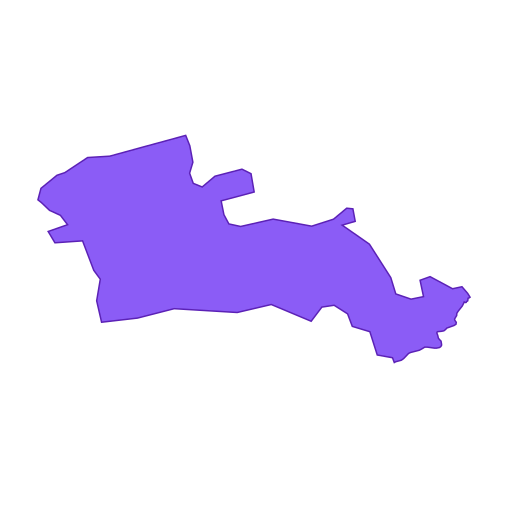 Tong, Ysyk-Köl, Kyrgyzstan, rotated 165°
{"feature_id": "92254566B55303155079831", "entity_name": "Tong", "entity_type": "district", "adm_level": 2, "iso_a3": "KGZ", "parent_name": "Kyrgyzstan", "parent_adm1": "Ysyk-Köl", "projection": "natural_earth1", "projection_center": [76.22, 42.065], "detail": "fine", "context": "isolated", "style": "filled", "palette": "violet", "viewbox_px": 512, "rotation_deg": 165, "n_neighbors": 0, "source": "geoboundaries", "source_scale": "gbopen_adm2", "svg_char_len": 1566}
<svg xmlns="http://www.w3.org/2000/svg" viewBox="0 0 512 512"><g transform="rotate(165 256 256)"><path d="M114.3,123.7L107.4,120.8L105.6,120.3L102.4,120.1L101.1,120.6L100.0,121.5L99.6,122.6L99.3,125.9L100.2,127.5L101.1,129.4L101.0,131.9L101.0,132.3L101.1,133.8L101.3,134.4L101.0,135.4L100.7,135.7L100.1,135.9L96.7,135.3L95.5,135.2L93.9,135.1L92.0,135.9L90.3,137.0L86.6,137.3L82.8,137.6L80.5,138.3L79.7,140.1L80.6,142.5L80.5,143.7L78.2,146.0L77.6,146.5L76.9,148.6L75.2,150.2L69.7,154.3L67.9,156.3L66.8,157.7L66.2,157.1L65.6,156.8L65.0,156.8L64.4,157.5L63.2,157.8L62.9,158.3L62.1,160.3L60.9,160.4L59.9,160.8L61.2,165.1L65.0,173.0L74.6,173.5L93.2,191.0L103.8,190.1L104.7,173.4L117.4,174.2L130.8,183.2L131.4,200.2L143.4,238.1L164.8,263.5L151.2,263.8L150.2,276.5L156.0,278.7L171.6,271.5L194.5,270.4L229.9,287.2L263.2,288.5L273.9,294.0L276.3,304.2L275.4,318.3L241.2,318.3L239.5,336.8L247.1,343.5L275.0,343.7L290.1,336.6L297.8,342.4L298.7,353.2L292.7,362.9L291.4,379.6L292.7,390.7L336.2,390.5L371.5,390.3L393.2,394.7L419.1,386.0L427.4,385.5L446.2,377.0L452.1,366.7L449.5,363.2L443.6,353.5L434.4,345.9L429.9,335.0L450.4,333.5L446.8,320.8L419.6,315.5L416.4,284.1L412.4,273.9L421.5,254.0L422.3,232.0L386.5,226.7L348.7,226.3L288.8,206.3L253.8,205.2L219.6,178.7L205.6,189.6L193.3,188.2L182.5,176.4L181.2,163.1L165.6,153.4L164.5,129.0L150.5,122.4L150.0,117.3L148.4,117.7L145.1,117.7L142.7,117.7L140.9,118.3L139.6,118.9L134.0,122.3L133.0,122.6L131.4,122.8L122.7,122.7L121.3,123.0L118.9,123.6L116.7,124.3L114.3,123.7Z" fill="#8b5cf6" stroke="#5b21b6" stroke-width="1.5"/></g></svg>